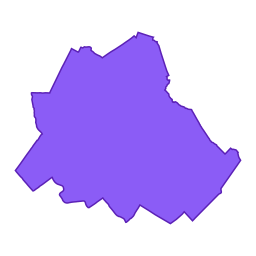 the district of Brezoaele, Dâmbovita, Romania
{"feature_id": "2599482B97549882427292", "entity_name": "Brezoaele", "entity_type": "district", "adm_level": 2, "iso_a3": "ROU", "parent_name": "Romania", "parent_adm1": "Dâmbovita", "projection": "albers", "projection_center": [25.752, 44.562], "detail": "fine", "context": "isolated", "style": "filled", "palette": "violet", "viewbox_px": 256, "rotation_deg": 0, "n_neighbors": 0, "source": "geoboundaries", "source_scale": "gbopen_adm2", "svg_char_len": 5581}
<svg xmlns="http://www.w3.org/2000/svg" viewBox="0 0 256 256"><path d="M39.3,186.5L42.5,184.4L44.1,183.2L51.3,177.8L52.1,177.3L52.3,177.5L52.6,178.3L52.8,178.9L53.9,180.8L54.7,181.9L55.7,182.9L56.4,183.4L57.3,184.0L58.1,184.3L61.5,185.5L62.5,186.0L63.1,186.7L63.2,187.0L63.3,187.2L63.7,188.9L63.7,189.6L63.6,190.1L63.4,190.5L63.0,191.0L62.6,191.4L60.9,192.5L60.3,193.0L60.0,193.3L59.7,193.9L59.6,194.2L59.5,194.7L59.6,195.1L60.1,195.9L61.3,197.5L62.0,198.6L62.5,199.5L62.7,200.2L63.0,200.7L63.5,201.3L64.1,201.9L65.1,202.6L65.9,202.8L66.2,202.9L67.2,203.0L68.1,202.9L69.3,202.6L70.6,202.4L71.4,202.2L74.2,201.9L76.5,201.7L77.8,201.5L78.3,201.5L78.9,201.4L80.1,201.3L81.2,201.2L82.6,201.0L83.3,201.0L83.9,201.0L84.5,201.3L84.7,201.5L85.0,201.9L85.2,202.1L85.5,203.0L85.6,203.7L86.0,204.7L86.4,205.5L86.8,206.2L87.4,206.8L87.7,207.1L88.2,207.6L89.1,207.6L89.5,207.3L94.3,204.1L96.0,202.9L97.2,201.9L102.8,198.0L103.7,199.2L104.3,200.0L104.5,200.1L105.9,201.8L107.7,203.6L108.6,204.6L109.2,206.2L110.2,207.5L111.0,208.4L112.1,209.7L113.3,211.2L114.5,212.8L115.8,214.4L117.1,215.6L118.8,216.5L119.4,216.5L120.7,217.0L122.0,217.7L123.2,218.3L124.1,219.0L124.7,220.0L125.3,221.3L125.8,222.3L126.4,222.2L128.6,220.4L130.3,218.6L130.7,218.4L131.0,218.4L131.8,217.7L133.3,216.2L133.9,215.3L134.6,213.9L134.8,213.4L135.6,212.0L136.2,211.1L136.8,210.1L137.9,208.5L138.9,206.8L139.9,205.0L149.4,210.9L155.2,214.7L170.4,223.6L176.3,219.4L179.5,216.6L182.3,214.1L184.2,211.8L184.5,212.1L191.5,219.7L192.5,220.8L192.6,220.7L194.1,219.2L194.5,218.7L200.8,212.3L218.5,194.4L219.3,193.8L220.5,193.3L220.7,193.1L220.9,193.0L221.1,192.8L221.2,192.6L221.3,192.4L221.3,191.9L221.3,191.5L221.2,191.3L221.2,191.1L221.2,190.8L221.1,190.5L221.0,190.4L220.9,190.0L220.9,189.8L220.9,189.7L221.0,189.5L221.0,188.3L221.2,188.2L223.9,184.3L236.2,166.7L236.3,166.6L240.6,160.3L239.2,158.0L238.8,157.1L238.6,156.6L238.1,154.4L237.9,153.3L237.7,153.0L237.7,152.8L238.1,152.4L236.2,150.1L235.9,149.9L232.9,149.2L232.6,149.3L232.2,149.5L230.6,148.2L225.8,153.3L225.0,154.0L224.7,153.7L220.1,149.1L218.7,147.6L218.1,147.1L217.1,146.1L216.9,145.8L216.6,145.0L216.4,144.8L216.0,144.6L214.5,143.8L213.0,142.6L212.5,142.4L212.1,142.4L211.7,142.2L211.4,142.0L211.0,141.2L210.7,141.0L210.5,140.9L210.2,140.6L209.8,140.0L209.5,139.2L209.0,138.5L207.8,136.8L205.8,133.7L205.5,133.4L205.3,133.0L203.3,130.0L202.9,129.5L201.7,127.7L201.1,126.6L200.6,126.0L200.4,125.8L200.2,125.0L200.0,124.7L199.5,124.1L199.4,123.8L199.3,123.4L198.3,121.7L197.8,120.8L197.0,119.5L196.9,119.3L196.1,117.8L195.8,117.4L195.1,116.0L194.6,115.2L193.8,113.7L192.8,112.0L192.5,111.6L192.2,111.0L191.8,110.1L191.5,109.6L191.2,109.5L188.8,109.3L188.2,109.2L186.9,108.5L186.4,108.3L185.8,108.3L185.4,108.3L185.2,108.1L184.7,107.4L184.3,107.1L183.3,106.7L182.9,106.7L182.0,106.3L181.5,106.3L181.2,106.1L180.7,105.9L180.2,105.4L179.7,105.1L179.3,105.0L179.0,104.8L178.4,104.1L177.4,103.0L177.0,102.7L176.0,102.1L175.4,101.8L175.0,101.8L174.8,101.9L174.6,102.2L174.2,102.4L173.5,102.2L173.2,102.3L173.1,102.2L173.1,101.9L172.8,101.9L172.5,101.8L172.4,101.5L172.2,100.6L172.1,100.3L172.0,100.0L172.1,99.9L172.2,99.7L171.6,98.9L171.0,98.7L170.8,98.6L170.6,98.2L170.4,97.8L169.6,97.1L168.8,95.2L168.9,94.5L168.7,93.9L167.9,93.2L167.2,92.3L166.8,92.0L166.4,91.5L166.2,91.2L164.9,90.2L164.9,89.9L165.2,89.4L165.7,88.8L165.8,88.6L165.7,87.9L165.7,87.5L166.0,86.8L166.2,86.5L166.4,86.3L166.9,85.9L167.1,85.2L167.3,84.6L167.6,84.3L167.8,84.2L168.2,84.0L168.8,83.5L169.1,82.8L169.4,81.3L169.5,81.2L169.6,80.6L169.6,80.1L169.0,80.0L168.7,80.3L167.5,79.9L167.2,79.6L167.1,79.2L167.1,78.7L167.0,77.5L167.1,77.2L167.0,76.9L166.6,76.5L168.8,75.4L166.8,70.9L165.4,66.7L161.1,53.4L160.6,51.7L158.8,45.6L158.4,45.1L157.8,44.1L157.5,43.7L157.0,42.8L157.1,42.6L157.2,42.3L157.2,41.8L156.9,41.7L156.5,41.6L155.9,41.7L155.4,41.5L154.2,40.4L153.0,40.0L152.7,40.0L152.7,39.7L152.9,37.8L152.9,37.6L153.2,37.3L153.3,37.2L149.7,36.2L138.1,32.4L136.1,37.7L134.1,35.9L131.5,38.1L128.5,40.3L126.1,41.9L122.6,44.4L115.3,49.2L110.8,51.9L108.0,53.8L102.3,57.8L100.5,56.4L99.4,55.8L98.7,55.5L97.5,55.0L94.6,53.4L94.4,53.2L93.5,52.2L92.5,51.4L91.6,50.8L91.1,50.4L91.0,50.2L91.2,48.7L91.2,48.1L91.0,47.7L90.8,47.5L90.4,47.2L89.7,46.9L89.2,46.8L88.8,46.8L85.9,47.1L85.2,47.0L84.7,46.8L83.9,47.1L83.1,47.7L82.8,47.9L82.5,47.9L81.9,47.7L81.2,47.3L81.0,47.2L80.6,47.7L80.5,48.0L78.7,51.7L78.4,51.9L78.1,52.1L71.5,48.6L70.8,50.3L64.9,61.9L64.1,63.4L64.0,63.8L63.6,64.4L61.9,67.6L57.8,76.1L49.9,92.4L49.7,93.0L45.4,92.8L42.6,93.1L41.8,93.0L40.7,92.8L37.4,92.9L31.9,92.7L31.5,92.9L31.4,93.0L31.6,94.9L32.1,95.5L32.4,96.2L32.4,96.8L32.3,97.8L32.1,98.2L32.0,99.0L31.9,99.3L31.9,99.8L32.0,100.3L33.1,105.9L33.1,106.4L33.2,107.1L33.3,107.4L33.8,108.0L34.0,108.2L34.2,108.5L34.0,109.3L34.2,110.0L34.4,111.2L34.2,112.2L34.3,113.4L34.4,114.6L34.3,115.1L34.3,115.6L34.4,116.5L34.7,117.0L35.0,117.3L35.4,117.7L35.6,118.3L35.8,119.0L35.9,120.3L35.8,121.8L35.7,122.2L35.8,122.7L36.5,125.0L36.6,126.3L36.9,127.3L37.8,128.9L38.7,130.0L41.2,132.4L41.7,133.0L42.2,134.0L41.2,134.7L41.1,134.8L40.0,136.4L38.2,139.5L37.9,139.9L37.6,140.2L37.0,140.7L36.9,140.6L34.2,144.3L33.6,145.1L32.9,146.1L32.4,147.0L30.7,149.2L30.3,149.9L26.9,154.5L26.5,155.1L25.2,156.9L24.8,157.5L22.9,160.2L20.0,164.3L19.4,165.1L17.8,167.3L15.7,170.1L15.4,170.5L15.5,170.6L16.2,171.6L17.8,173.5L19.5,175.5L21.0,177.1L22.4,178.4L22.9,179.4L23.2,179.8L25.7,182.7L26.6,183.6L27.0,184.2L28.9,186.4L32.9,190.9L33.2,190.9L34.3,190.4L35.8,189.2L38.6,187.3L39.0,186.9L39.3,186.7L39.3,186.5Z" fill="#8b5cf6" stroke="#5b21b6" stroke-width="1.5"/></svg>